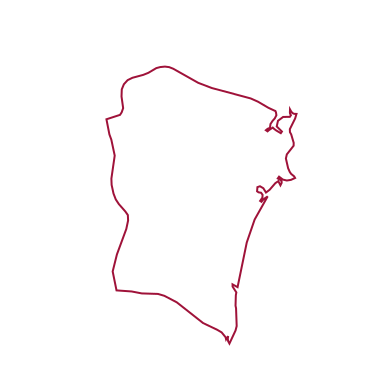 outline of Quảng Ngãi, rotated 35°
{"feature_id": "VNM-488", "entity_name": "Quảng Ngãi", "entity_type": "Province", "adm_level": 1, "iso_a3": "VNM", "parent_name": "Vietnam", "parent_adm1": "", "projection": "mercator", "projection_center": [108.762, 15.012], "detail": "fine", "context": "isolated", "style": "outline", "palette": "rose", "viewbox_px": 384, "rotation_deg": 35, "n_neighbors": 0, "source": "natural_earth", "source_scale": "10m", "svg_char_len": 1679}
<svg xmlns="http://www.w3.org/2000/svg" viewBox="0 0 384 384"><g transform="rotate(35 192 192)"><path d="M213.8,77.8L215.1,78.6L217.1,80.7L217.6,84.2L217.2,87.7L217.3,91.3L219.1,94.8L218.0,96.3L217.6,97.2L217.1,99.0L219.1,99.0L219.5,97.3L221.2,92.9L223.2,93.2L225.5,93.3L231.0,92.9L231.0,90.9L223.8,89.7L221.6,84.4L223.6,78.2L229.0,74.4L229.0,72.4L227.3,71.5L226.5,70.6L224.9,68.1L227.1,69.2L229.1,69.7L230.8,69.4L232.8,68.1L234.3,72.6L236.1,84.4L237.9,86.8L240.2,87.9L247.1,93.4L248.7,95.8L248.1,106.8L249.7,110.7L257.1,117.4L260.6,119.5L262.8,120.3L266.7,120.6L268.4,121.4L266.1,125.3L263.1,128.2L259.3,129.7L254.5,129.5L254.5,131.7L257.4,131.4L259.2,131.8L260.2,133.1L260.6,135.8L256.5,133.6L255.2,136.9L254.3,145.7L252.9,150.0L248.3,148.0L244.4,148.3L242.8,150.5L244.9,154.1L246.7,154.1L249.0,153.0L251.4,153.8L252.9,156.2L252.9,160.2L254.5,160.2L254.7,157.7L255.1,155.9L256.5,152.2L259.1,178.6L265.8,201.9L283.9,243.8L278.2,244.4L279.5,246.2L285.9,248.8L287.1,251.4L292.9,260.2L294.8,262.0L305.5,276.2L307.1,280.5L309.6,294.7L307.2,293.5L305.5,291.7L304.3,289.3L304.5,293.2L302.8,291.7L296.8,290.0L291.8,290.4L276.2,293.0L242.8,291.1L228.9,292.9L222.6,295.0L209.0,303.9L199.6,308.1L186.6,315.9L172.6,302.6L166.3,286.2L159.4,260.0L156.0,252.0L152.7,247.7L148.6,246.2L139.1,243.9L133.8,241.8L128.6,238.3L122.1,232.3L118.3,227.3L107.8,206.5L95.9,195.4L91.3,192.2L80.2,181.5L88.8,170.1L88.7,167.1L87.5,162.8L79.5,154.2L75.6,148.2L74.4,142.8L75.1,137.3L77.7,132.6L84.9,124.0L87.9,119.4L91.7,111.0L94.3,107.9L97.9,104.8L101.7,102.8L105.9,101.8L134.5,99.0L148.5,95.5L186.4,81.7L194.1,80.2L206.3,79.2L213.1,78.0L213.8,77.8Z" fill="none" stroke="#9f1239" stroke-width="2"/></g></svg>